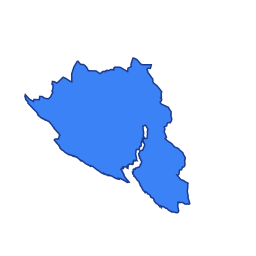 Sykkylven nor, Møre og Romsdal, Norway (Robinson projection), rotated 224°
{"feature_id": "86288312B25663992073727", "entity_name": "Sykkylven nor", "entity_type": "district", "adm_level": 2, "iso_a3": "NOR", "parent_name": "Norway", "parent_adm1": "Møre og Romsdal", "projection": "robinson", "projection_center": [6.578, 62.336], "detail": "fine", "context": "isolated", "style": "filled", "palette": "blue", "viewbox_px": 256, "rotation_deg": 224, "n_neighbors": 0, "source": "geoboundaries", "source_scale": "gbopen_adm2", "svg_char_len": 5732}
<svg xmlns="http://www.w3.org/2000/svg" viewBox="0 0 256 256"><g transform="rotate(224 128 128)"><path d="M225.0,80.6L224.1,79.1L223.1,78.9L222.9,78.3L222.2,78.2L221.2,77.4L218.5,77.3L217.6,76.9L217.3,76.4L208.9,76.0L205.3,76.0L202.6,75.5L202.6,75.2L201.4,74.9L201.4,74.7L197.4,75.0L195.6,75.5L195.6,75.8L193.1,76.2L193.1,76.5L189.4,77.7L184.9,77.4L183.7,77.0L181.0,76.7L180.9,76.4L180.5,76.4L173.9,75.9L172.1,75.5L172.2,75.1L170.6,72.2L170.7,71.2L171.5,70.9L172.7,69.3L172.9,68.6L172.3,68.0L169.4,67.9L169.3,67.6L168.7,67.6L165.5,67.6L165.5,67.3L163.6,66.9L163.0,66.3L160.3,66.3L159.0,66.7L156.2,66.8L152.4,67.6L152.5,67.9L150.9,68.3L150.9,68.8L148.5,69.4L148.5,69.6L148.0,69.6L148.1,69.9L147.6,69.9L147.4,70.3L146.9,70.2L146.7,70.6L146.1,70.6L146.1,70.9L144.3,71.4L144.3,71.6L139.3,71.7L139.4,72.0L138.5,72.0L138.3,72.6L134.2,72.9L131.1,73.7L131.1,74.0L128.9,74.2L128.6,74.3L128.7,74.7L128.0,74.7L127.8,75.4L126.5,75.9L120.4,76.5L119.7,76.8L115.9,77.3L114.2,77.9L114.2,78.2L113.7,78.2L114.0,78.6L112.0,78.8L112.0,79.2L109.5,79.8L109.6,80.5L108.9,80.5L108.9,80.9L107.6,81.2L107.6,81.6L106.5,82.1L102.0,83.2L100.5,83.9L99.7,84.4L100.5,84.4L100.0,84.8L100.0,85.2L98.6,85.7L98.4,86.4L94.3,87.6L90.8,88.3L90.7,88.5L90.7,88.8L91.0,88.9L90.7,88.9L90.9,89.2L90.5,89.6L89.8,89.6L89.6,89.8L91.4,90.1L93.0,90.1L93.1,89.8L93.3,89.9L93.2,90.0L94.2,90.4L95.3,90.3L98.5,91.3L98.5,91.6L100.2,92.3L100.8,92.2L101.0,92.5L102.2,92.8L102.2,93.0L103.9,93.3L103.7,93.5L104.0,93.8L104.1,94.3L104.5,94.3L104.3,95.2L103.8,95.2L104.4,95.3L104.3,95.9L104.1,96.1L103.5,96.0L103.5,95.2L103.3,95.2L103.4,96.0L104.7,96.4L104.2,97.2L103.8,97.2L103.2,97.8L102.9,98.3L102.0,99.0L101.3,98.5L100.0,98.9L100.9,99.9L101.9,100.2L101.4,100.7L102.4,101.5L102.1,102.7L101.1,102.8L101.7,102.9L101.6,103.4L100.0,104.6L99.6,104.6L99.3,105.1L99.3,105.5L99.6,106.1L100.1,106.2L100.0,106.4L101.1,107.8L100.8,108.3L101.2,108.7L100.2,109.1L100.6,109.5L98.8,110.8L99.8,111.1L101.1,112.4L103.6,113.9L104.7,114.8L105.6,116.3L106.6,117.3L107.0,118.6L104.9,120.0L105.1,120.5L105.8,121.1L105.8,121.8L106.6,122.6L106.7,123.1L106.0,123.9L106.2,124.5L107.8,126.0L108.7,127.2L108.7,127.5L108.4,127.7L108.2,127.6L107.9,128.2L107.6,128.1L108.5,128.7L109.1,128.6L109.2,129.9L109.5,130.2L110.2,130.2L110.4,130.6L110.3,132.3L109.7,132.5L111.4,132.8L111.9,133.3L112.3,134.3L113.7,135.4L113.6,135.7L114.9,136.5L118.5,139.6L118.1,140.1L118.1,140.9L117.7,141.4L117.7,141.9L117.2,142.1L113.2,141.1L111.7,139.3L111.5,138.6L110.8,138.3L107.2,134.1L107.3,133.5L108.0,132.8L108.9,132.4L108.9,131.9L109.8,131.7L109.4,131.0L109.5,130.8L109.0,130.3L109.2,130.2L108.8,130.0L108.8,129.3L108.5,129.0L107.3,128.7L106.6,128.1L105.8,128.3L104.8,127.9L103.5,126.3L103.2,124.8L102.1,122.7L102.3,122.4L102.1,122.0L103.1,121.0L103.3,119.5L102.8,118.6L102.3,117.3L102.5,117.0L102.2,116.6L100.9,116.0L101.1,115.9L100.9,115.7L99.3,115.2L99.0,114.6L97.2,114.2L96.7,113.8L95.4,113.7L94.8,113.2L93.8,111.4L93.5,110.6L93.8,110.3L93.1,109.4L92.8,107.6L93.9,106.0L94.0,105.3L94.7,104.5L94.7,104.2L94.1,103.3L94.4,103.0L94.1,102.9L95.1,102.8L95.0,102.3L95.3,102.1L95.4,101.7L94.7,101.1L94.1,100.1L93.5,100.1L93.4,99.3L93.6,99.2L93.3,99.1L93.3,98.9L92.9,98.4L90.5,98.1L90.2,97.8L90.2,97.5L88.9,97.7L84.7,96.9L83.2,97.1L82.5,96.9L81.4,96.2L79.4,95.6L79.3,95.2L78.1,94.9L77.0,94.9L74.9,93.9L73.3,93.6L72.9,93.8L70.7,93.4L70.8,94.2L71.1,94.3L70.9,94.5L67.9,94.6L67.9,94.4L66.6,95.0L65.1,94.9L64.2,94.6L64.4,94.5L64.1,94.2L63.2,94.1L61.0,95.0L60.1,94.9L59.2,94.4L59.3,94.2L58.9,94.0L57.6,93.5L56.5,93.6L55.4,93.3L53.3,93.9L51.0,93.6L51.3,93.9L50.5,94.0L50.5,94.4L49.3,94.2L49.9,94.7L49.3,94.8L49.5,94.8L49.5,95.1L48.3,95.4L47.8,96.1L45.0,96.5L44.7,97.0L44.2,97.2L41.9,97.1L39.5,97.6L39.2,98.0L38.1,98.0L38.2,98.4L34.3,100.7L33.8,101.2L33.4,102.1L33.9,103.5L38.3,106.6L39.2,107.9L40.2,108.7L40.3,109.1L40.0,109.3L40.3,109.4L39.8,110.3L38.5,110.7L37.9,111.6L37.0,112.3L34.8,112.9L34.8,112.7L35.3,112.6L34.7,112.7L33.7,113.3L32.8,114.1L32.5,114.6L31.3,115.4L31.0,116.2L31.0,116.4L31.4,116.8L36.5,119.6L37.4,120.8L41.3,123.5L43.6,126.6L45.8,128.9L46.4,130.0L49.7,129.0L51.7,128.8L54.2,127.5L60.1,128.3L59.4,128.9L59.3,129.4L59.3,130.2L60.6,132.1L61.1,132.4L61.7,133.5L60.5,135.1L61.6,137.8L60.9,138.5L60.8,139.0L61.0,140.3L61.7,141.4L64.9,144.2L64.9,144.8L66.5,146.6L69.6,147.4L71.5,148.3L75.2,148.0L77.1,148.2L78.3,148.0L81.2,146.7L85.9,147.1L91.3,146.1L92.7,146.3L93.9,146.1L93.9,148.1L99.5,150.5L99.9,151.1L100.1,152.0L100.9,153.0L102.7,153.9L101.7,156.4L102.8,158.2L103.1,159.1L102.1,160.5L101.3,161.1L101.7,163.1L102.5,164.5L104.4,166.0L106.1,166.8L106.3,167.6L108.5,169.8L111.2,170.1L112.6,170.8L113.3,170.9L120.8,168.3L122.7,168.7L122.9,169.0L122.9,170.5L123.4,171.8L124.0,172.2L125.6,172.4L125.3,173.2L128.2,176.0L128.8,177.4L133.0,178.1L137.2,178.5L140.4,178.1L141.8,178.3L142.5,178.6L143.0,179.4L144.3,180.4L152.3,181.8L152.8,182.0L153.3,182.7L155.1,183.2L155.2,183.9L155.0,185.2L153.4,186.1L153.5,187.0L155.2,189.7L160.6,184.4L162.6,182.9L169.1,183.4L172.0,182.5L173.0,181.7L170.0,175.7L168.3,174.5L169.5,170.9L167.5,168.3L175.8,166.2L179.7,162.7L179.8,161.0L179.5,160.6L179.1,160.5L179.2,160.1L178.7,159.9L179.8,158.9L181.0,158.2L181.3,157.0L181.9,155.6L182.6,155.4L183.4,154.6L183.8,153.4L183.3,153.1L185.3,151.3L185.9,147.6L190.8,146.8L192.8,144.8L196.3,141.7L200.0,142.9L202.9,143.0L204.4,142.5L206.4,140.8L210.4,141.3L210.8,140.6L209.2,134.1L206.0,127.7L200.4,122.1L203.0,121.2L207.5,120.4L208.6,119.9L209.8,119.6L210.0,119.0L210.1,113.5L210.4,110.9L213.6,110.0L213.8,109.0L214.6,108.9L213.0,106.6L211.8,106.9L209.5,104.3L208.2,101.7L206.9,101.5L205.3,96.4L205.6,93.7L208.4,91.6L211.7,91.0L213.4,89.4L211.5,86.7L215.5,83.2L214.4,81.4L218.8,80.3L225.0,80.6Z" fill="#3b82f6" stroke="#1e3a8a" stroke-width="1.5"/></g></svg>